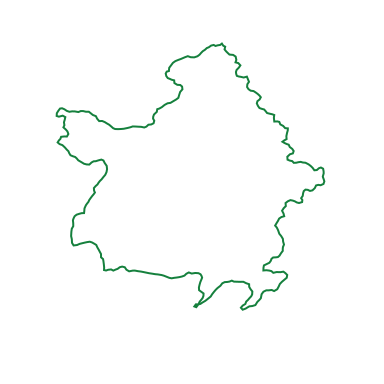 outline of Rio Vermelho, Minas Gerais, Brazil, rotated 248°
{"feature_id": "56859067B81516280099310", "entity_name": "Rio Vermelho", "entity_type": "district", "adm_level": 2, "iso_a3": "BRA", "parent_name": "Brazil", "parent_adm1": "Minas Gerais", "projection": "robinson", "projection_center": [-43.059, -18.249], "detail": "fine", "context": "isolated", "style": "outline", "palette": "green", "viewbox_px": 384, "rotation_deg": 248, "n_neighbors": 0, "source": "geoboundaries", "source_scale": "gbopen_adm2", "svg_char_len": 5417}
<svg xmlns="http://www.w3.org/2000/svg" viewBox="0 0 384 384"><g transform="rotate(248 192 192)"><path d="M318.4,270.6L318.6,268.5L320.2,267.2L320.6,264.6L319.9,261.8L319.9,259.6L319.0,257.3L318.5,254.7L317.5,252.4L316.5,250.5L315.8,247.9L316.0,244.5L317.5,241.2L319.5,239.0L319.6,236.0L319.5,231.5L319.6,228.9L319.6,225.6L318.9,222.7L317.5,220.4L315.7,217.4L312.8,215.9L313.1,213.7L311.7,212.0L309.1,211.6L306.7,212.2L305.2,213.8L303.7,215.2L302.2,217.3L299.6,216.5L296.9,218.5L295.6,221.2L293.5,222.3L290.8,221.6L289.2,218.5L286.7,216.4L284.4,214.6L283.7,211.9L283.2,208.6L282.7,205.4L283.4,202.6L283.0,199.2L282.0,195.9L281.6,192.9L281.8,190.8L279.5,189.4L278.1,185.8L276.3,184.2L274.6,183.4L272.2,183.7L270.1,182.1L269.9,179.5L270.7,176.8L269.7,174.2L269.7,171.9L271.4,169.4L272.6,166.8L273.7,164.5L275.0,161.6L275.1,159.2L275.5,156.3L276.2,152.4L277.1,149.5L278.0,147.0L279.2,144.3L280.7,142.8L283.3,141.5L285.4,140.4L287.3,138.9L289.5,137.3L291.5,135.3L292.5,132.5L295.5,131.5L298.3,131.3L300.6,128.9L302.8,127.7L305.1,126.4L306.1,123.8L307.8,121.4L308.7,119.3L308.7,116.6L310.7,113.4L311.7,111.0L312.3,108.4L314.1,106.3L316.5,104.7L318.3,102.9L318.8,100.9L317.3,98.4L315.7,96.2L313.2,95.0L311.7,96.8L311.2,100.7L308.9,102.6L306.6,101.0L304.6,99.4L301.7,98.7L300.1,97.0L297.2,98.4L294.8,99.2L292.1,99.1L290.3,96.8L291.4,94.2L292.2,91.3L290.5,89.8L289.7,87.9L288.3,86.0L286.0,87.2L284.0,89.4L281.0,90.8L278.1,91.8L276.1,92.7L274.0,92.7L271.6,93.1L269.8,94.9L268.2,96.8L266.3,97.7L264.0,98.4L260.9,100.8L258.6,102.5L257.0,104.7L255.9,107.1L257.0,109.9L257.3,112.3L256.6,114.3L256.4,117.0L256.0,120.1L254.4,121.7L251.7,121.9L248.2,122.7L245.0,121.8L242.5,120.2L240.4,118.0L239.1,115.5L237.6,112.9L236.7,110.7L235.6,108.8L234.4,107.2L233.6,104.9L232.4,102.5L229.9,101.7L227.9,101.8L226.7,99.9L225.7,98.0L224.5,96.0L223.1,93.8L221.6,92.2L220.6,90.4L219.5,88.7L217.1,86.2L214.5,84.9L212.9,84.0L213.7,81.8L214.0,79.4L214.2,76.5L213.5,74.1L211.9,72.3L210.4,71.0L207.6,70.2L204.8,69.1L203.0,66.8L200.4,65.3L198.3,64.3L196.4,63.4L193.3,62.9L189.8,61.7L186.8,62.2L185.9,65.6L186.0,68.4L185.6,71.2L185.2,73.9L184.8,76.1L184.2,78.6L182.7,80.4L180.8,81.9L178.8,83.4L176.1,83.5L173.3,83.9L171.2,84.1L168.6,84.4L165.5,83.2L163.1,84.4L161.2,84.0L158.1,83.2L155.0,82.3L152.6,81.2L151.4,82.9L151.3,85.1L150.5,88.0L148.6,89.6L148.7,92.1L148.6,94.2L149.3,96.8L149.0,99.3L147.4,101.5L144.5,102.1L142.0,104.0L141.3,107.6L140.6,109.5L138.8,112.3L137.4,114.8L135.9,117.1L134.3,119.5L132.7,121.9L131.3,124.3L129.7,126.9L128.3,129.6L126.4,132.7L125.0,134.5L123.1,136.5L120.9,138.8L119.6,140.8L119.1,143.3L118.4,145.9L117.8,148.5L117.4,151.0L117.3,153.7L118.3,156.1L118.6,158.9L116.5,161.2L115.7,164.7L114.3,167.6L112.5,169.1L110.7,169.4L108.8,169.3L107.3,167.9L105.4,166.0L103.1,164.2L100.8,162.6L98.3,161.8L95.7,163.4L93.6,164.7L91.4,163.7L89.7,162.1L88.7,160.4L87.5,158.1L85.4,155.8L85.1,157.9L85.6,160.2L86.1,163.6L87.2,167.3L88.1,170.2L89.7,172.4L91.3,175.2L92.4,177.3L93.4,179.7L94.4,183.2L96.0,185.9L96.2,188.6L95.4,190.9L94.9,193.2L94.9,195.7L93.2,197.3L92.0,200.0L90.7,202.9L89.5,206.0L87.2,208.0L85.1,210.4L82.6,209.5L79.9,209.9L77.2,210.7L74.5,209.4L73.1,207.8L72.1,205.6L70.9,203.3L70.1,201.2L68.2,199.5L67.7,196.5L66.4,194.0L63.9,194.9L63.8,198.1L64.2,200.2L64.5,202.4L63.7,205.1L63.4,208.4L65.6,211.4L66.6,213.8L67.7,216.0L69.5,217.2L71.1,218.2L72.8,220.9L73.0,224.0L72.1,226.3L71.3,229.2L69.4,231.0L69.9,234.6L72.0,237.1L73.8,239.0L75.0,241.6L76.0,244.6L77.0,247.7L79.4,249.2L81.8,248.2L83.9,246.9L84.6,243.8L86.1,240.4L86.6,237.1L88.9,236.0L90.2,234.2L91.6,231.7L92.5,228.8L95.0,229.9L97.0,231.2L97.2,234.2L97.4,237.2L98.7,239.3L100.2,240.6L100.9,242.7L100.0,245.3L99.5,247.3L100.2,249.3L101.9,251.6L103.4,254.1L105.2,254.8L106.9,255.7L108.8,257.6L111.8,257.9L114.5,258.7L117.7,258.2L120.6,257.3L124.4,257.5L127.3,257.3L129.7,256.5L131.4,258.7L133.0,260.9L134.7,262.8L135.3,265.5L135.0,268.4L137.7,268.8L140.9,268.5L142.6,270.9L143.8,273.7L146.7,274.6L147.5,277.4L147.6,280.2L146.3,282.2L144.9,283.8L143.1,285.2L141.7,287.1L141.4,290.3L143.2,291.3L145.4,290.9L146.9,293.2L149.3,294.6L151.0,296.0L151.7,298.1L150.6,300.2L148.8,301.8L148.4,304.3L149.6,307.3L151.6,309.5L151.3,311.8L150.1,313.8L150.2,316.9L152.3,318.7L154.7,318.9L157.2,319.0L160.0,321.1L162.0,321.8L164.5,322.3L166.4,320.7L166.5,318.6L165.6,316.0L166.3,313.6L169.2,312.9L171.5,311.9L173.9,310.5L176.6,308.2L177.9,305.7L179.2,304.1L179.8,301.7L180.1,299.6L180.9,297.3L183.1,296.5L184.5,294.4L186.2,292.7L189.0,293.6L190.3,297.0L190.0,300.0L191.9,301.6L194.4,301.1L197.1,299.5L199.6,299.4L201.1,297.7L202.8,296.1L204.7,294.7L205.3,296.9L205.6,299.5L208.4,300.4L211.1,302.2L213.3,303.9L215.1,304.7L216.3,302.3L219.1,301.3L221.6,299.2L224.3,299.2L225.5,297.5L226.5,294.7L230.1,295.7L232.6,297.1L234.1,295.4L235.4,293.5L237.1,291.2L239.5,290.5L241.5,289.8L243.0,287.8L244.6,286.0L247.2,285.4L249.9,285.3L251.7,286.7L252.5,289.4L254.1,291.3L256.1,290.7L258.4,289.6L260.5,288.3L262.5,286.9L264.0,284.3L266.2,282.9L268.7,282.4L271.2,283.7L272.8,286.1L275.4,286.1L278.4,286.1L278.8,282.8L280.5,280.4L281.6,278.6L282.9,277.1L284.9,277.2L286.8,277.7L288.5,279.1L289.8,282.1L291.3,284.3L294.2,283.2L295.9,280.9L297.9,282.6L301.2,283.2L303.7,281.5L305.4,278.2L307.8,277.1L309.7,276.3L312.0,275.6L314.3,277.2L315.9,275.8L318.4,275.3L317.8,273.2L318.4,270.6ZM85.4,155.8L86.4,153.5L85.0,151.3L83.6,152.8L85.4,155.8Z" fill="none" stroke="#15803d" stroke-width="2"/></g></svg>